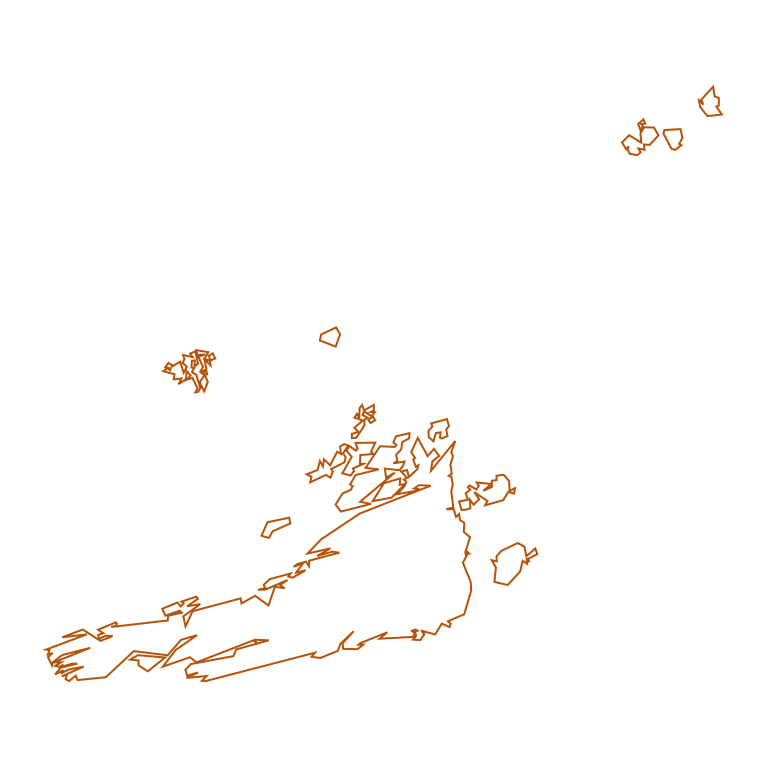 the district of Frøya nor, Sør-Trøndelag, Norway
{"feature_id": "86288312B66000336849668", "entity_name": "Frøya nor", "entity_type": "district", "adm_level": 2, "iso_a3": "NOR", "parent_name": "Norway", "parent_adm1": "Sør-Trøndelag", "projection": "albers", "projection_center": [8.677, 63.836], "detail": "fine", "context": "isolated", "style": "outline", "palette": "amber", "viewbox_px": 768, "rotation_deg": 0, "n_neighbors": 0, "source": "geoboundaries", "source_scale": "gbopen_adm2", "svg_char_len": 6090}
<svg xmlns="http://www.w3.org/2000/svg" viewBox="0 0 768 768"><path d="M427.6,456.2L417.8,437.9L411.2,452.2L415.1,458.0L413.3,459.4L415.8,466.7L418.4,465.3L417.3,469.3L408.8,477.0L407.2,470.1L401.1,471.4L407.0,477.9L403.8,479.6L406.2,481.6L404.6,486.0L397.2,494.2L415.6,491.0L417.7,488.9L414.2,488.5L419.0,485.2L430.7,485.7L359.7,513.6L321.1,539.4L307.6,553.5L330.5,548.4L317.1,556.0L332.1,551.7L339.4,552.7L309.2,560.7L309.0,566.1L306.0,561.6L297.5,564.0L293.5,566.8L303.0,563.4L296.2,572.6L305.5,570.3L292.7,577.7L288.4,576.6L290.7,573.5L269.7,579.1L263.7,584.9L265.4,588.1L258.0,589.8L265.4,589.6L287.5,580.0L280.0,585.0L284.6,588.3L274.9,586.7L268.5,605.5L255.2,595.8L241.5,603.4L240.6,598.4L192.6,611.2L185.5,626.4L183.3,616.4L200.3,604.1L187.1,606.3L197.9,598.9L196.2,596.7L181.4,601.6L183.8,603.3L180.7,606.4L177.5,602.5L162.3,608.7L165.4,615.7L180.6,610.4L178.4,611.9L182.8,612.5L168.2,615.8L167.7,620.5L111.1,627.0L115.8,625.9L116.9,623.7L115.8,622.4L98.1,629.7L103.3,633.2L98.2,634.9L99.1,638.8L105.9,635.7L112.6,636.1L100.4,640.9L82.8,629.5L62.3,637.3L87.0,634.3L46.1,649.6L49.5,650.2L47.8,654.5L52.7,653.0L48.0,657.2L52.0,665.6L52.8,662.2L62.4,655.0L90.3,647.8L53.8,662.4L61.3,662.3L55.2,665.8L59.6,666.9L63.3,664.7L61.9,666.7L71.9,663.7L77.3,663.7L60.7,667.7L55.2,674.4L63.5,670.2L60.8,673.5L69.2,669.3L83.8,666.6L61.7,676.3L66.9,674.6L65.6,679.2L69.0,681.1L75.7,675.7L77.5,680.1L105.9,677.2L133.8,651.1L167.7,655.3L181.1,639.8L197.0,635.2L175.8,649.9L162.8,666.7L189.9,657.2L196.5,662.4L253.3,640.4L256.3,642.6L255.2,639.8L268.8,640.3L236.3,649.4L233.4,656.1L190.8,664.1L185.4,669.8L187.1,675.6L198.2,672.5L186.5,677.9L206.7,676.0L201.9,680.8L204.7,681.3L315.0,652.7L311.5,656.8L320.4,658.0L337.9,650.8L340.2,644.1L353.7,631.2L342.6,643.3L343.1,648.8L357.5,649.2L363.3,644.6L358.5,644.7L360.4,643.1L387.3,632.3L379.5,638.7L413.2,636.9L414.7,633.0L411.9,630.9L415.0,629.6L418.6,630.9L415.0,630.7L416.0,636.1L413.0,639.6L420.3,640.1L424.2,634.4L422.4,632.0L425.2,632.7L421.1,630.5L435.1,634.5L441.8,623.6L449.6,627.1L450.6,623.7L447.9,621.3L464.2,614.3L471.2,590.6L470.7,581.9L462.9,562.7L467.7,553.7L465.9,555.2L465.4,552.5L468.6,553.2L465.9,550.6L470.0,537.3L463.7,531.8L464.4,523.0L459.9,519.9L459.2,514.0L456.1,517.0L453.5,509.1L446.2,509.3L453.3,507.4L451.2,491.1L452.8,484.9L451.5,476.9L448.8,475.9L451.8,473.7L450.4,464.5L453.0,455.9L451.2,452.4L455.3,440.9L431.0,470.8L432.4,461.2L439.2,455.9L433.9,448.9L427.6,456.2ZM409.5,433.2L396.0,436.3L393.4,442.5L396.5,445.1L394.9,446.9L380.0,446.3L365.6,467.9L378.8,469.3L355.5,475.1L350.1,484.5L352.7,486.2L350.8,489.8L342.6,493.4L335.6,504.6L340.9,511.6L371.0,503.9L360.1,501.8L394.7,472.7L386.1,477.7L384.8,468.6L399.5,470.2L403.1,465.6L404.5,461.6L393.3,463.3L397.4,461.1L396.2,454.8L401.3,449.1L402.2,442.1L409.2,438.3L409.5,433.2ZM517.8,543.0L501.3,550.9L496.5,556.4L496.7,561.4L491.7,560.2L495.9,567.5L494.4,581.9L507.7,585.0L520.1,571.5L522.7,560.8L527.1,563.9L526.5,558.2L529.3,562.3L528.2,558.8L537.3,554.2L535.3,548.5L526.3,556.3L524.5,546.7L517.8,543.0ZM503.6,474.7L496.5,475.8L496.6,480.1L491.7,480.8L491.9,486.9L483.3,490.8L491.3,484.0L476.7,482.5L478.8,485.8L476.3,489.5L469.5,485.4L467.9,487.2L470.3,489.7L465.7,493.2L467.9,499.7L459.1,501.5L461.6,510.1L465.3,509.8L470.3,508.3L470.0,499.7L473.6,504.7L479.2,499.2L474.3,492.1L487.5,501.0L485.1,505.3L503.3,500.1L508.3,491.9L514.0,493.6L515.0,488.2L509.6,490.9L509.1,481.0L503.6,474.7ZM208.3,352.2L196.2,350.1L197.5,355.3L200.2,354.6L205.2,354.6L198.4,356.6L203.0,367.0L200.2,371.9L204.4,375.5L200.2,381.4L200.3,388.0L196.3,374.9L191.9,371.9L194.1,368.4L191.5,367.5L191.9,360.6L194.9,360.6L194.5,366.7L198.0,363.6L195.3,351.4L190.1,353.6L192.7,357.1L183.1,355.0L184.5,359.3L182.5,362.8L186.8,366.7L183.7,372.8L180.1,361.6L171.2,367.1L172.7,365.5L168.4,362.9L165.4,367.2L170.6,368.5L170.2,370.3L167.5,368.1L163.2,371.2L174.5,374.2L173.7,379.4L181.5,378.5L178.5,384.2L185.9,379.3L186.7,371.1L190.6,375.4L186.7,379.8L192.4,377.8L197.6,388.4L195.3,392.3L198.1,391.9L201.6,386.2L204.2,391.4L207.8,381.8L204.5,374.4L207.1,374.4L206.3,370.1L204.5,372.3L202.3,371.4L206.3,369.2L204.5,359.6L210.6,365.3L209.7,360.8L215.2,358.5L212.6,353.3L208.9,355.8L210.3,360.4L204.4,359.2L208.3,352.2ZM643.4,119.3L638.2,124.1L640.4,130.0L641.9,127.7L643.5,128.4L640.5,133.2L641.2,142.7L629.2,135.2L622.0,142.5L626.2,149.2L628.8,146.3L627.5,149.4L629.7,153.7L637.1,155.2L640.6,152.4L638.4,148.5L644.5,149.8L644.0,144.5L649.7,144.9L658.5,135.3L653.9,127.5L643.5,127.3L641.3,124.1L645.2,123.6L643.4,119.3ZM348.2,445.6L344.3,444.0L340.1,446.5L341.0,454.0L337.2,451.7L330.2,465.3L323.9,459.4L322.9,466.5L319.9,461.1L317.6,470.0L306.7,474.3L311.5,476.7L310.2,482.3L326.0,474.9L330.4,477.7L332.9,471.6L331.2,469.0L344.5,462.3L345.7,457.1L343.0,453.4L348.2,445.6ZM375.3,442.6L355.5,442.9L357.6,448.6L356.0,450.7L349.3,445.9L346.5,450.6L351.7,456.9L342.3,473.3L350.5,475.6L354.1,471.0L352.9,468.5L363.3,463.9L360.0,463.6L360.3,455.1L373.2,454.0L371.0,451.8L375.3,442.6ZM713.1,86.7L701.2,99.8L703.4,104.6L699.0,100.3L700.1,106.8L707.4,116.1L721.9,114.5L716.4,106.7L718.8,105.4L718.8,98.0L714.7,96.3L713.1,86.7ZM400.2,478.4L383.8,483.3L372.8,501.1L391.6,497.6L404.9,484.2L399.7,484.8L400.2,478.4ZM289.2,517.7L267.5,522.2L261.5,535.7L268.9,537.9L272.7,531.3L290.3,523.4L289.2,517.7ZM137.9,655.2L130.2,659.6L138.5,660.5L138.6,665.4L147.8,671.3L165.1,657.5L137.9,655.2ZM446.9,419.1L431.2,423.4L432.4,426.5L428.5,430.9L428.7,437.0L433.4,441.3L435.9,433.1L440.7,432.4L439.9,437.8L442.0,438.5L447.5,436.0L446.2,429.5L449.0,426.0L446.9,419.1ZM362.1,405.0L359.6,408.1L359.2,418.1L357.0,413.7L354.4,417.7L362.9,420.5L354.4,427.7L358.4,432.0L351.9,433.8L351.9,438.2L356.2,437.9L364.4,425.5L364.4,419.8L367.4,417.6L362.6,415.0L364.1,411.4L372.5,416.9L368.3,419.8L370.5,423.0L375.1,420.2L372.2,415.4L374.8,412.3L370.9,411.9L373.9,410.6L373.9,404.9L364.1,410.4L362.1,405.0ZM680.5,129.1L664.4,130.1L663.5,133.5L671.4,148.7L675.3,149.8L681.4,145.2L679.2,143.9L682.5,137.8L680.5,129.1ZM336.1,327.4L321.2,334.4L319.9,340.5L335.7,346.6L340.1,334.3L336.1,327.4Z" fill="none" stroke="#b45309" stroke-width="2"/></svg>